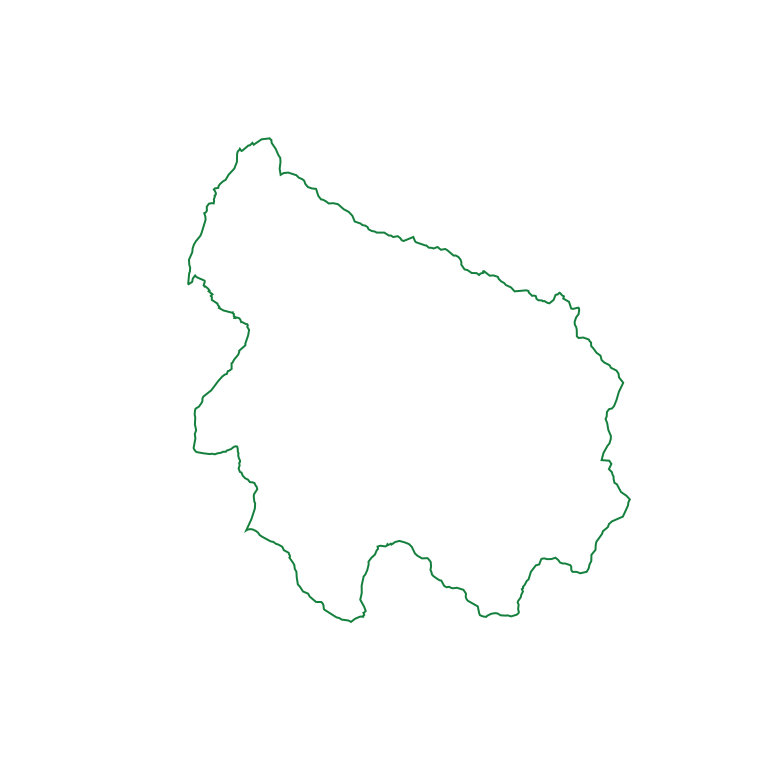 outline of Tarcau, Neamt, Romania, rotated 321°
{"feature_id": "2599482B98949389142671", "entity_name": "Tarcau", "entity_type": "district", "adm_level": 2, "iso_a3": "ROU", "parent_name": "Romania", "parent_adm1": "Neamt", "projection": "orthographic", "projection_center": [26.145, 46.778], "detail": "fine", "context": "isolated", "style": "outline", "palette": "green", "viewbox_px": 768, "rotation_deg": 321, "n_neighbors": 0, "source": "geoboundaries", "source_scale": "gbopen_adm2", "svg_char_len": 6154}
<svg xmlns="http://www.w3.org/2000/svg" viewBox="0 0 768 768"><g transform="rotate(321 384 384)"><path d="M486.2,637.4L497.3,631.9L499.4,629.8L502.4,628.4L502.1,623.4L500.2,617.1L501.9,608.4L500.9,605.9L502.6,602.4L504.2,600.3L504.5,598.4L505.6,596.0L505.2,591.7L510.4,589.2L510.8,585.4L505.2,580.1L511.2,575.7L519.0,572.6L521.7,572.1L525.7,569.4L527.6,567.2L529.5,560.7L532.8,554.9L534.2,550.6L536.6,549.4L539.7,546.0L543.3,545.2L545.7,546.5L549.0,545.9L554.7,542.7L561.6,537.9L570.7,533.6L570.8,526.8L572.8,523.5L573.1,519.8L570.6,514.2L571.1,511.3L568.7,505.9L568.2,502.3L570.1,498.2L568.8,493.5L569.1,488.2L568.9,484.9L571.0,482.1L570.8,480.1L571.2,478.4L568.2,473.4L564.2,470.7L563.9,468.3L568.0,463.1L569.2,460.6L569.6,458.1L571.2,455.7L575.3,453.1L579.1,452.2L582.1,449.5L583.2,447.8L583.0,446.9L578.0,444.5L577.0,443.1L579.5,436.6L577.1,430.4L579.0,429.1L578.2,427.3L578.1,424.1L577.8,423.5L575.3,423.7L573.5,422.7L568.7,425.4L563.3,425.4L562.0,423.6L560.8,420.4L559.6,419.7L559.3,418.4L556.7,416.1L556.1,413.8L557.3,411.3L556.2,409.7L554.6,408.7L554.1,404.0L554.8,402.7L554.4,401.9L553.2,400.5L543.8,394.2L543.5,388.9L541.0,383.8L540.9,381.0L539.6,377.9L539.3,374.2L539.9,372.6L539.2,371.2L537.4,368.5L534.3,366.3L532.7,359.2L531.9,358.9L531.1,360.1L528.5,358.9L526.5,359.1L525.8,356.2L522.0,352.9L520.6,348.1L518.7,345.6L519.2,339.9L520.8,338.0L521.7,335.7L521.8,332.2L520.6,329.3L518.9,328.0L517.4,319.8L516.5,317.6L512.7,315.5L511.8,311.2L507.8,309.9L507.0,308.5L504.6,306.2L504.1,303.0L503.3,302.3L498.1,294.0L498.0,292.5L499.3,288.2L489.2,285.2L488.3,283.5L488.4,280.5L487.7,277.8L483.6,275.5L482.8,272.9L481.2,271.7L479.5,266.5L473.6,261.7L472.9,259.9L470.8,257.4L469.6,254.7L469.4,253.6L470.0,251.9L469.1,249.1L467.2,246.9L466.8,244.6L463.5,239.3L465.3,233.4L464.9,228.0L462.7,222.9L461.4,215.3L458.3,211.5L454.7,209.0L453.8,205.4L452.5,202.3L451.2,200.9L451.3,196.6L454.0,189.6L451.1,186.7L448.8,183.0L448.8,179.0L449.9,175.7L449.4,173.5L447.6,169.9L447.3,166.6L442.6,159.4L438.7,156.9L435.3,156.4L438.4,151.0L443.3,146.3L445.7,142.9L446.0,139.6L447.8,133.1L448.4,126.0L450.1,123.3L449.7,122.8L449.7,121.1L442.8,116.8L433.3,116.0L433.5,113.8L429.9,114.1L428.7,113.3L420.8,113.5L419.9,113.2L420.0,110.5L418.6,111.1L416.8,111.2L414.8,112.6L409.4,118.9L403.2,122.4L394.8,123.6L389.3,125.7L386.7,125.2L382.2,125.4L380.0,126.1L378.6,127.3L375.5,125.5L374.1,125.8L374.1,127.5L373.5,129.7L372.6,130.9L370.9,131.0L370.6,131.9L368.1,133.3L367.1,134.9L365.3,136.5L363.8,134.9L361.3,133.7L357.8,134.7L355.4,137.9L353.4,138.5L351.8,138.1L350.4,141.7L348.7,144.1L337.3,151.8L334.8,153.2L327.6,154.7L324.1,156.0L320.6,158.2L318.0,160.9L310.6,164.7L307.6,169.0L306.6,171.6L303.8,174.6L302.2,175.4L294.9,182.9L295.0,183.5L299.2,183.9L301.8,181.7L305.5,180.8L305.5,182.4L306.2,184.3L309.3,190.1L309.5,191.1L308.9,191.9L305.9,193.8L305.9,195.5L306.6,195.7L307.3,199.2L307.2,201.6L306.1,201.6L307.0,205.6L306.7,205.4L306.8,206.1L306.1,206.6L304.8,206.6L304.9,208.2L303.1,210.3L305.2,216.7L304.7,217.5L304.5,220.8L303.6,221.0L305.5,225.8L310.5,232.6L311.6,233.2L311.1,234.1L311.4,235.1L310.0,236.7L310.4,237.7L309.2,238.5L310.1,239.4L311.4,239.6L312.8,241.7L312.9,243.3L312.0,245.9L312.4,246.0L314.5,250.6L315.4,251.6L315.0,252.8L313.7,253.5L313.2,257.1L308.9,260.8L301.7,265.3L300.6,266.7L292.3,267.0L291.8,267.9L289.1,269.5L282.9,270.7L279.6,272.1L278.5,272.0L275.1,276.4L272.1,276.3L270.8,275.7L268.1,277.3L266.3,276.5L263.1,276.4L257.0,277.4L245.8,280.2L235.7,280.1L233.8,281.0L232.0,283.1L230.8,283.7L226.0,285.1L222.0,284.6L220.4,285.7L217.7,288.5L216.3,291.2L211.7,296.3L208.9,301.7L205.4,303.9L203.2,307.6L195.9,313.8L195.4,314.8L195.2,318.0L195.8,319.3L200.3,324.5L204.5,328.8L206.4,329.9L208.3,332.2L210.8,333.0L213.9,334.8L216.4,335.4L218.4,337.1L220.0,336.8L224.0,338.3L228.0,338.4L229.7,339.2L230.5,340.2L229.5,342.4L227.7,344.8L227.2,346.5L225.9,347.5L224.5,350.4L224.0,352.7L223.0,354.0L221.8,354.2L220.5,356.5L217.9,358.1L216.7,361.6L217.5,363.2L216.5,366.4L216.8,369.9L218.1,372.7L218.0,375.9L219.7,377.4L221.0,379.4L220.3,382.3L220.4,383.6L219.3,386.0L213.5,387.9L211.8,389.7L209.2,393.8L208.8,395.6L205.3,399.5L195.9,405.6L184.8,411.1L186.3,411.3L189.0,412.8L190.6,414.7L192.1,418.0L192.6,420.5L192.3,423.1L193.1,425.8L196.8,434.8L198.7,437.2L199.4,440.1L200.9,442.4L202.5,446.5L201.6,450.1L203.7,455.2L203.0,456.7L203.0,457.8L202.2,459.1L201.2,459.4L200.8,465.6L200.3,468.4L198.3,471.5L197.8,474.7L194.4,479.5L190.9,485.6L191.1,488.6L190.5,494.3L193.1,499.2L192.5,502.4L194.0,510.6L198.1,514.0L198.2,516.2L197.6,518.0L195.7,521.0L195.7,522.0L200.2,535.4L202.0,537.8L202.8,540.4L207.5,545.4L208.6,548.1L214.1,548.3L219.2,549.8L221.4,551.8L222.1,551.0L223.3,551.0L224.1,548.9L224.7,549.2L227.0,548.8L228.4,544.5L229.8,536.7L235.1,532.5L239.8,526.6L247.0,520.8L249.5,520.3L253.7,518.2L258.4,514.7L260.2,512.3L265.1,511.1L269.5,510.9L273.6,508.7L275.6,508.4L276.7,506.3L279.4,507.4L283.0,511.2L284.3,511.4L285.8,510.7L285.8,511.7L288.3,512.4L288.6,513.1L289.1,512.7L289.7,513.6L293.2,513.8L297.3,515.7L300.8,520.7L302.7,524.2L303.1,528.2L301.4,535.2L301.9,538.5L303.8,543.5L308.1,546.6L308.4,547.9L308.3,551.7L305.7,555.5L303.2,557.6L302.4,560.3L301.4,562.1L301.5,564.5L302.8,569.0L303.6,571.4L304.8,572.8L303.7,578.9L304.7,581.3L307.0,582.6L308.0,585.0L309.2,586.3L312.4,588.2L316.2,593.9L315.8,598.5L313.6,600.8L312.9,602.6L312.7,605.1L316.9,615.8L313.5,622.5L313.1,624.1L314.7,627.0L316.9,629.3L318.5,629.1L322.6,630.0L326.0,631.9L327.8,633.7L329.1,637.2L333.3,641.0L334.2,641.3L336.6,644.6L341.9,646.8L344.0,646.8L345.2,646.2L346.6,643.3L349.7,640.3L350.4,637.9L351.8,637.0L355.9,635.9L358.2,634.1L361.4,632.7L362.0,630.2L363.6,630.3L364.4,629.0L366.5,628.8L371.0,626.9L373.4,626.8L380.0,622.4L387.9,620.5L391.1,621.9L395.9,619.1L397.1,619.3L398.9,620.5L400.6,622.8L403.9,625.4L407.9,626.9L408.6,630.1L408.5,633.6L409.8,635.8L411.8,637.4L414.8,642.1L414.6,643.7L412.5,646.4L412.3,648.6L415.6,651.4L417.4,654.6L423.3,657.5L427.0,656.1L430.0,653.7L433.7,652.0L437.7,647.3L444.0,646.0L447.1,642.5L449.7,640.3L458.9,637.8L461.5,636.2L467.9,636.1L470.7,634.4L474.7,634.2L486.2,637.4Z" fill="none" stroke="#15803d" stroke-width="2"/></g></svg>